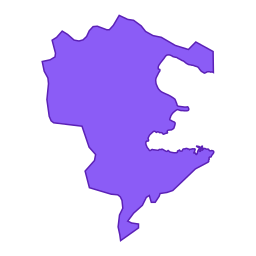 outline of Sevan, Gegharkunik, Armenia
{"feature_id": "60910142B53261358782492", "entity_name": "Sevan", "entity_type": "district", "adm_level": 2, "iso_a3": "ARM", "parent_name": "Armenia", "parent_adm1": "Gegharkunik", "projection": "mercator", "projection_center": [45.001, 40.541], "detail": "fine", "context": "isolated", "style": "filled", "palette": "violet", "viewbox_px": 256, "rotation_deg": 0, "n_neighbors": 0, "source": "geoboundaries", "source_scale": "gbopen_adm2", "svg_char_len": 5814}
<svg xmlns="http://www.w3.org/2000/svg" viewBox="0 0 256 256"><path d="M120.6,240.6L138.5,227.9L138.5,224.0L131.6,223.0L127.7,221.1L133.6,213.2L142.4,205.3L146.3,197.4L149.3,195.5L151.3,202.3L155.2,202.3L159.1,196.4L160.1,193.5L166.9,192.5L172.8,190.5L195.4,168.9L208.3,162.0L208.3,161.8L208.7,161.3L208.8,161.1L208.5,160.5L208.5,160.2L209.2,159.3L209.2,159.0L209.2,158.8L209.0,158.4L209.0,158.0L209.2,157.5L209.3,157.3L209.5,157.1L209.9,157.1L210.5,157.0L210.8,157.0L211.1,156.8L211.3,156.5L211.5,155.8L211.8,155.3L213.1,153.7L213.7,152.7L213.7,152.4L213.8,151.9L213.6,151.5L213.5,151.2L213.2,151.0L213.0,150.8L212.6,150.7L211.5,150.5L211.3,150.6L211.0,150.8L210.1,150.8L209.8,150.7L209.5,150.6L209.0,150.0L208.7,149.5L208.4,149.2L208.2,149.1L207.5,149.1L207.1,149.2L206.3,149.1L206.0,149.0L205.1,148.5L204.7,148.4L203.9,148.6L203.2,149.3L202.6,149.9L202.3,150.2L202.0,150.1L202.1,149.8L202.7,149.1L203.1,148.5L203.1,148.3L203.0,148.1L202.9,148.0L202.7,148.0L201.7,148.4L201.3,148.4L200.9,148.3L200.8,148.2L200.8,147.9L201.0,147.7L201.6,147.3L202.3,146.6L202.4,146.3L202.4,146.2L202.2,146.1L201.8,146.3L201.0,146.9L200.5,147.5L200.3,147.8L200.2,148.0L200.1,148.5L200.1,148.8L200.1,149.2L200.6,149.9L200.7,150.3L200.7,150.7L200.6,151.0L200.4,151.3L199.8,151.3L199.4,151.1L199.2,150.9L199.0,150.5L199.1,149.8L199.2,149.1L199.4,148.5L199.5,148.1L199.4,147.7L199.2,147.1L199.2,146.6L197.6,146.2L197.2,146.2L196.8,146.1L196.7,146.1L196.6,146.4L197.2,146.9L197.6,147.1L198.3,147.2L198.9,147.6L199.1,147.8L199.2,148.1L199.2,148.4L199.1,148.9L198.4,150.0L197.8,151.1L197.6,151.7L197.5,152.3L197.3,153.3L196.8,154.1L196.6,154.4L196.4,154.5L196.2,154.5L195.9,154.3L195.8,154.1L195.8,153.8L195.7,153.6L195.3,153.3L195.2,153.0L194.9,153.0L194.1,153.1L193.9,152.9L193.9,152.6L194.0,152.4L194.4,151.9L194.6,151.3L194.7,150.8L195.1,149.8L195.1,149.4L195.0,149.1L194.9,148.9L194.5,148.8L194.2,148.9L192.6,148.8L192.0,148.9L191.7,149.1L190.2,149.3L189.4,149.7L189.1,149.3L188.8,149.0L187.7,148.9L187.3,148.6L187.0,148.5L186.4,148.4L185.8,148.5L185.5,148.6L185.3,148.8L183.8,148.9L183.2,149.1L182.7,149.6L182.4,150.4L182.2,150.7L182.0,151.0L181.7,151.1L180.9,151.2L180.4,151.1L180.1,150.9L179.9,150.7L179.6,150.1L179.3,150.0L179.0,150.6L178.6,150.7L177.7,150.9L177.5,151.1L177.4,151.5L177.5,152.0L177.3,152.3L177.0,152.5L176.7,152.7L175.9,152.8L175.4,152.7L174.4,152.8L173.0,152.6L170.2,152.1L169.2,151.4L168.3,150.5L168.0,150.5L167.5,151.0L167.1,151.3L166.5,151.4L165.9,151.2L165.3,150.9L163.1,149.6L162.0,149.1L161.7,149.2L161.5,149.4L161.2,149.6L160.5,149.5L159.6,149.4L159.2,149.5L158.3,150.3L157.9,150.3L156.9,150.2L154.8,149.9L153.6,149.8L153.0,149.7L152.6,149.5L152.1,149.5L151.7,149.6L150.6,150.4L149.9,150.6L149.6,150.5L149.2,150.1L148.4,148.9L147.5,147.9L146.9,146.9L146.7,146.2L146.4,145.7L146.0,144.5L145.9,144.0L145.8,143.3L145.8,142.7L146.1,141.9L146.3,141.4L146.5,141.2L146.9,141.1L148.0,141.1L148.4,140.9L148.5,140.6L148.6,140.2L148.4,139.3L148.2,138.9L148.1,138.5L148.2,137.8L148.6,137.0L149.0,136.2L149.4,135.4L149.8,134.8L150.4,134.2L153.4,131.5L154.0,131.3L154.5,131.3L155.0,131.4L155.4,131.6L156.0,132.2L156.3,132.4L156.6,132.4L156.8,132.2L157.2,131.9L157.8,131.8L158.8,132.0L159.1,132.3L159.3,132.5L159.7,132.7L160.1,132.7L160.6,132.6L161.3,132.6L161.9,132.8L162.3,133.2L162.8,133.8L163.1,134.0L163.4,134.2L163.7,134.2L164.9,133.7L165.8,133.3L166.7,133.2L167.1,133.1L167.5,132.7L167.2,131.7L167.2,131.3L167.3,131.0L167.5,130.7L167.9,130.4L168.2,130.2L168.9,130.1L171.3,129.9L171.8,129.7L173.2,128.8L173.6,128.5L173.9,128.1L174.8,125.3L175.1,123.9L175.1,123.1L174.9,122.6L174.4,122.1L173.8,121.8L172.5,121.3L170.9,120.3L170.1,120.0L169.8,119.7L169.7,119.3L169.8,118.8L170.4,117.4L170.7,116.3L171.2,115.3L172.1,113.9L173.3,112.5L176.1,110.2L176.7,109.9L177.1,109.7L177.7,109.6L178.4,109.8L179.9,110.3L180.5,110.5L181.6,110.6L182.9,110.6L184.4,110.8L186.4,110.8L187.4,110.7L188.0,110.5L188.4,110.2L188.7,109.8L188.8,109.4L188.7,108.6L188.4,107.9L188.0,107.1L187.6,106.8L186.6,107.0L184.9,107.1L179.6,106.4L178.6,106.3L178.1,106.1L177.6,105.8L177.3,105.5L177.1,105.1L176.9,104.1L175.3,100.0L175.0,99.4L174.7,99.0L172.8,97.6L170.2,96.0L168.1,94.9L165.5,93.8L163.8,93.0L162.5,92.4L161.3,91.7L160.5,91.1L159.9,90.5L158.6,89.1L158.1,88.3L157.6,87.3L156.3,84.3L156.0,83.3L155.8,81.4L155.7,80.7L155.8,79.3L156.0,78.3L156.3,77.5L157.5,75.1L158.2,73.7L158.5,73.0L158.7,72.6L159.3,71.8L159.7,71.2L159.8,70.9L159.9,70.5L159.9,70.1L159.8,69.5L159.6,69.4L158.6,69.1L158.3,68.9L158.3,68.6L158.2,68.0L158.2,67.1L158.4,66.4L158.6,65.8L159.1,64.9L160.5,62.8L164.0,58.4L164.7,57.3L165.5,56.3L165.9,55.8L166.7,55.2L167.1,55.1L167.9,54.9L169.2,54.9L169.7,55.0L170.7,55.3L172.0,56.0L172.4,56.2L172.9,56.6L173.6,56.8L174.2,56.9L174.8,57.1L176.5,57.4L177.0,57.6L177.5,57.9L178.1,58.4L179.8,59.2L182.0,60.5L182.5,60.7L183.1,60.9L183.3,60.9L183.5,61.0L186.5,63.5L187.3,63.8L187.9,64.2L188.4,64.5L188.9,64.6L190.8,64.9L191.7,65.2L193.0,65.3L194.4,65.8L195.0,66.1L196.6,66.5L197.8,67.0L198.0,67.2L198.6,67.8L199.4,68.9L199.5,69.2L200.0,69.8L200.3,70.0L200.8,70.7L201.2,71.2L201.8,71.6L203.9,72.8L204.2,73.1L204.5,73.1L205.2,72.9L206.2,72.4L207.0,71.9L208.0,71.7L209.0,71.7L209.8,71.8L210.6,72.1L211.6,72.0L212.4,72.0L213.4,72.5L213.1,51.5L195.8,42.0L188.4,49.5L175.2,45.4L161.3,37.3L153.0,35.6L145.6,31.5L141.2,25.9L133.6,20.3L127.7,19.4L119.2,15.4L113.4,25.3L109.4,29.7L106.9,29.8L97.3,26.2L93.1,26.6L89.3,30.7L86.6,36.5L83.0,39.9L79.0,41.0L74.1,40.1L67.6,34.4L62.2,31.1L56.6,37.4L52.1,40.2L55.5,53.2L55.0,56.9L50.2,59.8L42.2,61.5L44.2,71.2L47.9,78.0L48.5,83.7L46.9,99.6L49.2,116.3L51.1,120.8L53.7,122.8L82.0,126.2L89.1,147.2L95.6,154.5L94.5,160.5L85.1,171.1L89.4,187.7L111.2,194.2L117.7,194.8L120.2,196.7L122.0,200.4L122.8,208.2L119.5,215.0L118.1,226.9L119.8,234.7L120.6,240.6Z" fill="#8b5cf6" stroke="#5b21b6" stroke-width="1.5"/></svg>